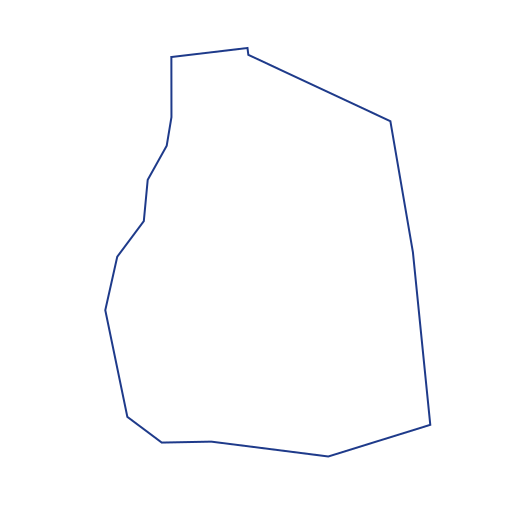 SVG path tracing the border of Chaguanas, rotated 83°
{"feature_id": "TTO-63", "entity_name": "Chaguanas", "entity_type": "City", "adm_level": 1, "iso_a3": "TTO", "parent_name": "Trinidad and Tobago", "parent_adm1": "", "projection": "natural_earth1", "projection_center": [-61.422, 10.535], "detail": "fine", "context": "isolated", "style": "outline", "palette": "blue", "viewbox_px": 512, "rotation_deg": 83, "n_neighbors": 0, "source": "natural_earth", "source_scale": "10m", "svg_char_len": 375}
<svg xmlns="http://www.w3.org/2000/svg" viewBox="0 0 512 512"><g transform="rotate(83 256 256)"><path d="M48.2,315.8L48.5,239.1L55.4,239.1L138.6,106.2L271.4,99.8L444.8,103.6L463.8,208.7L434.8,323.0L429.7,372.3L400.0,403.3L291.4,412.2L239.8,393.8L207.7,363.1L167.2,354.2L135.7,331.2L107.9,323.0L48.6,315.8L48.2,315.8Z" fill="none" stroke="#1e3a8a" stroke-width="2"/></g></svg>